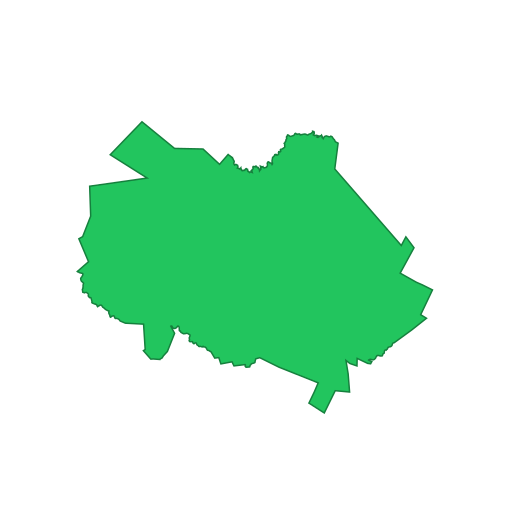 the district of Otáez, Durango, Mexico, rotated 29°
{"feature_id": "50627088B56377483842725", "entity_name": "Otáez", "entity_type": "district", "adm_level": 2, "iso_a3": "MEX", "parent_name": "Mexico", "parent_adm1": "Durango", "projection": "mercator", "projection_center": [-105.979, 24.71], "detail": "fine", "context": "isolated", "style": "filled", "palette": "green", "viewbox_px": 512, "rotation_deg": 29, "n_neighbors": 0, "source": "geoboundaries", "source_scale": "gbopen_adm2", "svg_char_len": 6092}
<svg xmlns="http://www.w3.org/2000/svg" viewBox="0 0 512 512"><g transform="rotate(29 256 256)"><path d="M122.1,371.7L123.0,371.5L123.7,371.4L123.7,371.1L125.3,370.1L127.3,370.3L128.2,371.1L128.4,371.4L128.5,372.1L128.8,372.4L130.5,373.1L131.0,373.0L131.4,372.6L131.7,372.5L132.1,372.7L134.9,375.7L135.0,376.3L135.5,376.5L138.9,376.1L138.9,375.9L140.2,375.8L141.2,376.7L142.1,377.1L142.6,375.7L143.1,375.4L143.3,374.7L143.5,374.5L144.6,374.0L145.2,374.2L146.9,375.1L147.7,375.0L148.0,375.2L149.1,375.3L150.0,375.7L152.9,375.7L153.7,375.4L154.1,375.4L154.5,376.6L155.4,377.8L156.3,378.2L157.6,379.5L157.7,379.8L158.4,380.1L158.7,379.8L158.6,379.5L159.0,378.7L160.3,377.4L160.8,377.3L161.7,377.8L162.3,378.5L163.1,378.8L163.4,378.8L164.1,378.2L166.1,377.8L166.9,377.9L168.7,378.7L174.3,378.1L190.7,370.1L204.4,391.5L203.4,393.4L214.0,397.2L216.0,395.9L222.1,393.1L222.0,392.8L223.3,390.7L223.4,388.3L224.8,382.5L222.3,363.1L215.5,358.7L215.6,358.4L216.2,358.1L216.7,358.2L218.0,359.1L218.7,359.2L219.7,359.0L220.3,358.6L221.1,357.4L221.6,355.1L221.8,355.0L222.4,355.0L223.4,355.6L225.1,358.4L225.5,358.6L226.0,358.3L226.3,358.4L227.4,359.2L230.1,359.2L230.7,359.0L231.2,358.5L231.9,358.1L232.8,357.2L233.2,357.1L234.6,356.8L235.6,357.1L236.4,357.0L237.0,357.7L237.3,360.1L238.3,361.1L238.4,362.1L238.6,362.5L239.4,363.0L240.5,362.6L241.9,361.7L243.3,362.8L244.0,362.9L244.3,362.8L245.0,361.4L245.6,361.1L246.1,361.2L247.4,362.3L248.9,362.4L249.8,362.8L250.3,362.7L251.3,361.9L252.9,361.7L253.4,361.4L253.3,360.9L253.6,360.6L254.6,360.8L255.4,360.3L256.3,360.4L256.8,360.5L258.9,361.8L259.4,361.9L261.3,361.4L261.9,361.7L263.1,361.6L269.4,365.3L272.7,362.9L277.6,367.4L286.3,360.2L290.0,362.8L299.2,356.2L299.7,356.5L299.7,357.1L299.9,357.6L300.5,357.9L301.0,358.1L301.4,358.0L304.1,356.2L304.3,355.9L303.8,354.6L304.2,353.5L304.2,352.5L306.1,350.6L306.7,349.7L306.5,349.3L305.6,346.1L308.6,343.1L330.1,342.1L371.9,336.8L372.9,346.8L373.6,359.0L391.8,360.2L390.6,335.4L403.8,329.6L393.8,314.5L385.3,303.7L390.2,304.5L397.6,303.2L394.1,296.5L405.7,295.8L408.5,294.7L408.5,292.2L404.3,292.6L405.3,292.1L405.8,291.0L407.9,290.3L408.7,290.2L409.6,289.1L410.1,287.5L409.9,286.4L410.1,285.6L410.0,284.7L410.4,284.4L410.4,284.2L410.7,283.9L411.6,283.5L412.3,283.5L412.5,283.2L413.7,283.0L414.9,282.0L414.5,280.2L415.2,278.8L414.4,276.8L414.4,276.0L415.1,275.1L415.5,275.2L415.7,274.3L416.0,273.7L415.8,271.9L417.0,270.5L417.7,270.1L418.2,268.9L418.3,268.4L417.9,266.4L418.2,265.4L418.9,264.9L428.1,245.1L435.3,227.8L428.5,227.5L426.8,200.1L415.4,200.6L409.0,201.2L390.4,201.1L390.2,172.2L377.8,166.6L378.0,176.4L282.7,141.7L273.1,117.5L270.0,117.6L268.4,116.4L266.8,115.9L264.7,114.8L263.3,114.9L262.8,115.9L262.1,116.4L261.3,116.4L260.3,116.7L259.7,116.7L259.1,117.0L257.9,118.4L257.9,120.8L257.1,120.3L256.4,120.4L256.2,119.6L254.7,118.5L254.6,119.3L254.1,119.6L253.7,120.3L253.2,120.4L253.2,121.6L252.6,121.4L252.2,121.8L252.2,122.4L251.5,122.4L251.8,121.5L251.7,120.8L250.3,121.1L248.7,122.4L247.4,122.3L247.7,121.1L247.4,120.2L246.4,119.1L245.1,119.4L245.9,120.4L245.1,120.9L245.2,121.2L244.9,121.9L242.9,124.3L242.8,124.9L242.3,125.3L240.9,125.3L240.7,125.5L239.8,125.5L239.3,126.0L239.0,126.0L238.6,126.4L237.8,127.0L237.4,127.6L236.9,127.9L236.5,127.9L236.5,128.2L236.1,128.6L235.1,128.5L234.8,128.2L234.3,128.6L233.5,128.9L233.4,129.4L232.7,129.8L231.5,129.5L231.0,129.6L230.7,130.1L230.8,131.2L230.4,132.4L228.5,134.5L227.8,134.8L227.0,134.8L226.4,134.6L225.2,134.6L224.9,134.8L225.2,136.0L224.9,136.4L224.9,137.0L225.1,137.4L226.0,138.5L225.8,139.6L226.4,141.2L226.2,141.6L226.3,142.1L226.4,142.8L226.0,143.8L227.0,144.4L227.3,145.2L228.3,146.6L228.3,147.2L227.6,148.4L227.6,148.8L227.3,149.0L227.0,149.8L225.9,150.7L225.8,151.3L226.1,151.7L226.5,151.8L226.9,152.5L226.8,152.9L226.5,153.4L226.2,153.5L225.5,153.5L225.3,153.7L225.7,154.5L225.6,155.0L225.9,155.1L226.4,155.9L226.0,157.2L225.4,157.4L225.0,157.9L224.7,158.0L224.4,157.8L224.5,157.4L224.2,157.4L223.3,158.2L223.4,159.5L223.2,160.8L222.7,161.6L223.8,164.8L224.6,166.1L225.4,166.7L225.6,167.1L225.8,167.6L225.7,168.2L225.3,167.9L224.3,167.6L223.8,167.5L223.0,167.9L222.2,167.8L221.7,167.5L221.0,167.7L220.8,168.1L220.8,169.1L220.9,169.6L221.4,170.0L222.1,171.4L222.3,172.2L222.1,172.7L222.2,173.0L222.1,173.5L221.6,173.7L221.2,174.3L220.8,174.5L220.7,174.8L220.3,175.1L219.1,174.8L218.9,174.6L218.8,174.9L218.3,174.8L217.7,175.1L216.8,175.3L216.3,175.3L217.0,176.2L217.1,176.6L217.4,176.8L217.7,176.6L217.6,177.3L218.2,177.8L218.2,178.3L217.9,179.0L217.8,179.8L217.2,178.9L216.4,178.3L215.4,178.3L215.1,177.6L214.8,177.5L214.2,177.7L213.2,177.6L212.7,178.0L212.3,177.4L212.1,177.6L211.7,178.5L211.4,178.5L210.8,178.9L210.2,179.0L210.1,179.5L210.2,179.9L211.0,180.5L211.1,181.6L210.7,182.2L211.0,182.8L210.5,183.7L211.0,183.9L211.4,183.9L212.3,184.8L211.6,184.9L211.0,184.8L210.9,185.0L210.5,185.0L210.0,185.6L210.0,186.1L209.1,186.0L208.8,185.7L207.9,185.9L207.7,185.4L207.1,185.2L206.6,184.3L205.8,184.5L205.5,184.3L205.0,184.3L204.8,184.7L204.7,185.3L204.5,185.6L204.6,186.0L204.6,186.6L204.3,186.8L204.0,186.7L203.6,187.0L203.2,187.8L202.2,188.1L201.9,187.7L201.6,187.8L201.5,187.5L201.2,187.5L201.2,187.3L200.8,187.0L200.4,186.9L200.0,186.3L199.9,187.1L199.7,187.2L199.5,187.9L198.6,187.7L198.4,187.9L198.0,187.8L197.1,188.2L197.0,187.3L196.8,186.4L195.8,185.5L195.1,185.7L194.8,185.6L194.0,185.6L193.7,185.9L193.2,186.8L192.6,186.4L192.0,186.2L191.3,185.2L191.4,184.6L191.0,183.7L188.9,182.4L188.6,182.0L187.8,181.8L187.6,181.3L187.2,181.5L186.6,181.5L186.2,181.2L185.9,181.3L185.4,181.1L183.3,180.9L182.4,180.7L179.7,193.5L157.8,188.1L132.6,201.4L91.2,193.9L79.4,238.1L123.0,240.6L76.7,275.6L92.1,301.3L95.0,323.1L92.7,326.8L112.3,342.2L107.2,356.2L107.9,356.3L108.8,356.0L109.5,356.2L111.6,355.7L112.3,355.4L112.8,355.4L113.2,355.5L113.7,356.4L113.6,356.6L113.7,357.1L113.7,357.7L113.9,358.4L113.6,359.2L113.5,360.6L114.5,361.9L115.4,362.6L116.4,362.9L116.9,362.9L118.4,363.4L118.7,364.8L119.2,366.0L119.7,366.7L119.9,367.5L120.3,368.0L120.3,369.4L122.1,371.7Z" fill="#22c55e" stroke="#15803d" stroke-width="1.5"/></g></svg>